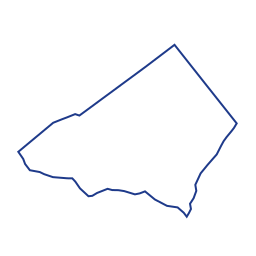 the district of Timbaúba dos Batistas, Rio Grande do Norte, Brazil, rotated 93°
{"feature_id": "56859067B13745413884516", "entity_name": "Timbaúba dos Batistas", "entity_type": "district", "adm_level": 2, "iso_a3": "BRA", "parent_name": "Brazil", "parent_adm1": "Rio Grande do Norte", "projection": "mercator", "projection_center": [-37.223, -6.487], "detail": "fine", "context": "isolated", "style": "outline", "palette": "blue", "viewbox_px": 256, "rotation_deg": 93, "n_neighbors": 0, "source": "geoboundaries", "source_scale": "gbopen_adm2", "svg_char_len": 739}
<svg xmlns="http://www.w3.org/2000/svg" viewBox="0 0 256 256"><g transform="rotate(93 128 128)"><path d="M213.5,64.7L209.7,62.7L205.6,60.9L200.4,62.1L194.7,58.8L187.2,56.5L181.2,57.8L169.5,53.1L160.5,46.5L149.7,38.0L140.9,34.1L136.1,31.8L131.8,29.0L125.6,24.4L122.4,22.2L117.7,19.7L81.3,51.8L42.5,85.9L66.0,113.7L118.1,177.2L116.9,181.5L120.6,189.5L122.6,194.1L126.7,203.0L157.5,236.3L164.4,231.0L169.3,228.9L175.3,223.8L176.6,213.8L178.5,209.3L181.0,200.4L181.4,186.0L181.2,181.0L184.3,177.8L190.8,172.8L198.2,163.9L197.6,160.1L194.5,155.5L189.8,145.2L190.8,140.5L190.6,134.3L191.2,128.5L193.9,117.6L192.7,112.9L190.4,107.7L198.0,97.4L203.7,85.0L204.7,74.3L209.7,67.9L213.5,64.7Z" fill="none" stroke="#1e3a8a" stroke-width="2"/></g></svg>